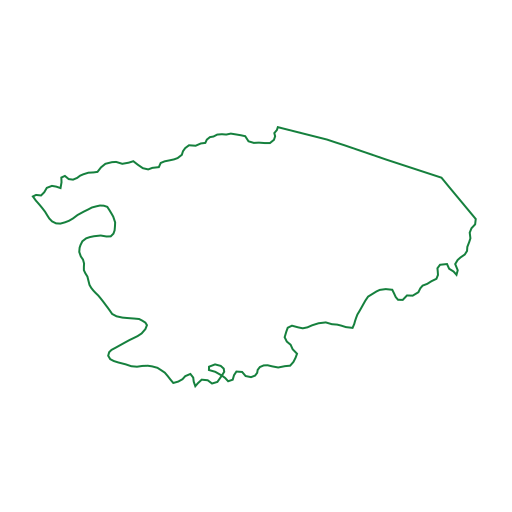 Irineópolis, Santa Catarina, Brazil, rotated 268°
{"feature_id": "56859067B50137871247887", "entity_name": "Irineópolis", "entity_type": "district", "adm_level": 2, "iso_a3": "BRA", "parent_name": "Brazil", "parent_adm1": "Santa Catarina", "projection": "equal_earth", "projection_center": [-50.782, -26.356], "detail": "fine", "context": "isolated", "style": "outline", "palette": "green", "viewbox_px": 512, "rotation_deg": 268, "n_neighbors": 0, "source": "geoboundaries", "source_scale": "gbopen_adm2", "svg_char_len": 3339}
<svg xmlns="http://www.w3.org/2000/svg" viewBox="0 0 512 512"><g transform="rotate(268 256 256)"><path d="M132.0,168.9L133.2,173.9L135.4,178.2L138.4,181.1L140.4,186.3L136.7,189.0L132.5,189.4L128.0,190.8L130.9,193.5L134.3,197.4L133.5,203.4L130.1,207.6L131.5,213.0L137.7,217.7L135.3,220.8L131.8,223.8L133.2,228.4L137.7,229.9L141.2,232.4L140.6,238.1L136.4,241.4L135.1,246.8L136.5,250.9L139.2,253.1L142.1,253.7L144.9,256.0L146.4,259.9L146.4,263.8L145.2,268.1L143.8,274.3L144.9,281.1L145.2,286.3L148.8,289.7L153.0,292.0L156.9,293.6L161.5,289.4L166.1,287.5L169.4,283.8L173.8,281.8L179.2,283.6L183.2,285.2L185.1,289.5L183.2,295.7L182.1,300.2L182.9,304.9L184.8,309.7L186.6,316.2L187.2,323.4L185.2,329.4L184.6,334.7L183.5,338.6L181.8,343.4L180.8,350.0L184.6,351.8L187.5,352.7L190.7,353.9L194.0,355.3L197.2,357.4L199.8,359.0L204.1,361.6L207.7,363.8L211.5,366.6L214.4,371.7L216.4,375.2L217.8,378.5L218.4,384.5L217.5,391.0L213.7,392.7L210.1,394.2L207.3,396.4L207.0,401.1L211.3,405.5L210.9,411.2L214.1,417.0L218.0,419.1L220.6,421.5L222.2,426.2L224.7,430.5L226.9,435.5L230.7,437.2L234.2,437.1L237.4,436.9L240.8,439.6L241.3,446.6L236.5,448.6L233.6,452.9L230.2,455.7L234.7,457.1L241.0,454.8L245.0,457.4L247.4,460.3L250.2,464.7L253.7,467.1L257.7,467.5L262.6,469.6L266.2,470.9L271.9,470.4L276.2,472.3L280.0,476.1L285.3,476.9L318.1,451.5L327.8,444.1L347.7,389.8L363.6,348.2L366.8,339.3L369.9,331.0L384.0,282.3L381.2,281.3L378.2,278.6L375.0,279.3L371.5,278.0L368.4,273.9L368.6,268.3L369.2,262.8L369.1,257.8L370.9,252.5L376.1,249.4L377.2,245.1L378.2,240.2L379.2,235.1L378.4,230.5L378.9,226.2L378.7,221.5L376.9,217.7L376.4,214.1L374.0,210.9L370.8,209.3L370.4,204.8L368.3,199.5L369.0,192.9L366.3,189.0L363.3,186.7L359.7,185.4L356.6,181.1L355.4,177.4L354.6,172.9L353.8,168.0L352.3,164.0L348.2,162.0L347.7,155.5L346.3,151.3L347.7,146.0L351.4,141.0L355.0,136.7L353.7,132.0L352.8,125.6L354.9,119.5L354.8,115.3L353.4,108.7L350.0,104.2L345.6,100.5L345.2,96.6L345.1,91.4L343.7,86.3L342.4,83.0L340.3,80.0L338.7,75.8L339.4,71.5L342.7,67.8L341.2,64.2L336.4,64.2L330.7,63.0L332.3,58.8L333.2,54.5L331.4,49.3L327.1,46.6L324.0,43.3L324.7,38.3L323.3,35.1L319.1,37.9L314.7,41.5L311.3,44.1L307.5,46.8L303.9,48.8L300.7,50.7L297.7,53.4L295.6,57.3L295.2,61.6L296.3,66.2L297.7,70.3L299.9,74.4L303.2,79.1L306.4,85.5L308.4,90.0L310.2,93.7L311.2,98.1L311.9,101.8L311.6,105.6L310.3,109.1L306.8,111.2L303.0,113.3L300.3,114.7L297.6,115.5L294.5,116.4L290.7,116.1L286.6,115.6L283.3,114.3L280.7,111.5L280.7,107.3L281.9,101.5L281.4,94.7L280.7,90.6L279.6,86.9L276.8,83.0L273.1,81.0L270.4,80.0L266.2,79.5L261.7,80.9L258.4,83.0L254.5,83.9L251.0,83.6L247.8,83.5L244.8,84.8L241.3,86.8L237.5,87.6L232.9,88.6L229.9,90.2L227.2,92.2L224.8,94.3L222.0,97.0L219.4,99.0L216.0,101.5L212.1,104.2L209.1,106.3L206.4,108.1L203.1,110.2L200.6,114.5L199.1,120.4L198.4,126.1L197.7,132.4L197.1,137.0L195.4,140.0L193.3,143.1L190.7,144.6L186.8,142.9L182.6,139.0L180.1,134.9L178.2,130.7L176.4,126.6L174.3,122.4L171.5,116.9L169.2,112.4L167.2,108.3L165.0,105.9L161.5,104.8L158.0,106.7L156.0,110.2L154.4,114.7L152.3,121.9L150.2,127.5L149.5,133.2L150.1,138.6L150.1,144.1L149.3,148.4L147.7,153.6L145.2,157.2L142.6,160.8L139.2,163.5L135.6,166.1L132.0,168.9ZM137.7,217.7L141.7,211.2L143.7,205.0L147.0,205.2L149.1,211.3L147.4,216.9L144.6,219.8L141.4,220.2L137.7,217.7Z" fill="none" stroke="#15803d" stroke-width="2"/></g></svg>